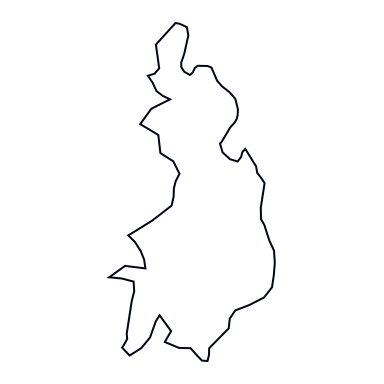 outline of Gitega
{"feature_id": "BDI-2639", "entity_name": "Gitega", "entity_type": "Province", "adm_level": 1, "iso_a3": "BDI", "parent_name": "Burundi", "parent_adm1": "", "projection": "albers", "projection_center": [29.917, -3.445], "detail": "fine", "context": "isolated", "style": "outline", "palette": "ink", "viewbox_px": 384, "rotation_deg": 0, "n_neighbors": 0, "source": "natural_earth", "source_scale": "10m", "svg_char_len": 1264}
<svg xmlns="http://www.w3.org/2000/svg" viewBox="0 0 384 384"><path d="M175.5,23.0L179.7,23.8L186.9,27.2L188.3,35.5L184.3,53.6L181.2,62.8L181.3,67.2L184.3,71.8L190.0,75.0L192.8,72.5L194.7,68.1L197.7,65.8L207.6,66.0L211.5,67.6L217.1,80.7L222.3,86.6L229.3,92.0L235.3,98.8L237.9,109.2L237.7,114.9L236.7,119.1L234.4,122.9L230.4,127.2L221.4,142.2L220.0,143.6L222.6,152.4L230.0,159.2L237.6,161.5L241.1,157.0L242.3,152.2L245.3,148.9L256.1,166.4L257.2,172.9L261.1,177.8L264.6,183.1L260.8,207.6L261.0,219.2L264.3,224.9L269.4,240.7L274.0,250.6L274.8,262.9L273.8,275.3L272.0,287.3L264.1,297.4L249.8,304.8L235.3,310.4L229.8,318.5L228.7,328.4L209.2,348.2L209.0,354.8L207.5,361.0L202.0,360.6L197.4,355.9L190.6,348.2L179.0,347.9L164.8,342.0L171.1,331.1L159.6,315.3L155.7,321.5L150.1,337.4L141.3,348.1L129.6,355.5L122.1,347.6L124.9,343.2L127.2,338.9L126.7,333.8L131.7,301.2L134.2,291.3L133.6,281.6L121.8,278.5L109.2,277.3L125.0,265.9L145.4,268.4L144.1,259.4L140.6,250.9L135.1,242.2L128.3,235.4L152.2,220.6L171.6,205.6L173.6,196.9L173.9,188.2L175.8,180.9L179.5,173.8L173.3,161.3L160.4,153.1L158.3,135.0L140.2,124.1L151.4,108.7L170.1,99.3L163.0,96.0L156.5,91.1L152.7,82.8L147.9,75.8L154.6,73.7L159.2,68.3L155.9,44.6L175.5,23.0Z" fill="none" stroke="#020617" stroke-width="2"/></svg>